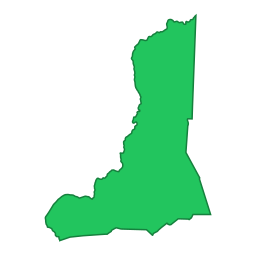 outline of Mangulile, Olancho, Honduras
{"feature_id": "27666195B89076502999157", "entity_name": "Mangulile", "entity_type": "district", "adm_level": 2, "iso_a3": "HND", "parent_name": "Honduras", "parent_adm1": "Olancho", "projection": "albers", "projection_center": [-86.874, 15.136], "detail": "fine", "context": "isolated", "style": "filled", "palette": "green", "viewbox_px": 256, "rotation_deg": 0, "n_neighbors": 0, "source": "geoboundaries", "source_scale": "gbopen_adm2", "svg_char_len": 5808}
<svg xmlns="http://www.w3.org/2000/svg" viewBox="0 0 256 256"><path d="M47.5,227.1L49.5,227.5L51.7,228.6L52.4,230.2L52.7,230.7L53.2,231.1L54.2,231.7L55.2,233.0L55.3,233.2L55.4,233.6L55.4,235.0L55.5,235.3L55.7,235.6L56.2,236.1L56.8,236.6L58.6,236.7L58.8,236.8L58.9,237.3L59.0,238.0L59.1,238.8L59.2,239.1L59.8,240.0L59.8,240.6L70.0,237.1L83.3,235.7L100.6,234.5L105.3,234.2L107.2,234.2L108.2,233.4L108.9,232.9L109.5,232.5L110.9,231.6L111.2,231.4L111.5,230.4L112.4,229.8L114.9,228.4L115.9,227.9L116.4,227.8L121.1,229.0L146.5,229.7L152.4,235.2L152.7,235.1L152.9,234.7L153.1,234.1L153.6,233.4L154.0,233.1L156.1,232.0L157.0,231.6L157.2,231.4L158.1,230.6L158.2,230.4L158.3,230.2L161.5,227.4L166.9,223.2L167.3,223.4L167.9,224.2L168.2,224.3L168.4,224.3L168.6,224.4L169.3,224.8L169.6,224.8L169.9,224.7L170.1,224.6L170.5,224.7L170.8,224.7L178.2,218.8L188.4,219.1L189.0,219.5L189.4,219.5L189.8,219.2L190.1,218.8L190.7,218.1L190.9,218.0L191.3,218.0L193.0,214.5L210.6,214.5L199.4,178.9L199.7,177.9L185.9,152.5L187.8,125.4L188.1,125.1L188.3,123.8L188.2,123.0L188.1,122.3L187.4,120.2L187.4,119.4L187.7,118.8L192.1,118.9L192.5,105.7L195.9,15.4L195.3,15.9L195.0,16.2L194.3,17.2L193.4,18.1L193.3,18.4L193.2,18.8L192.8,19.3L192.5,19.5L192.2,19.6L191.0,19.7L190.6,19.9L190.4,20.1L190.2,20.7L189.8,21.2L189.6,21.5L189.2,21.7L188.6,22.0L188.0,22.1L187.3,21.9L186.9,21.6L186.7,21.5L186.4,21.5L186.2,21.6L185.9,22.0L185.8,22.3L185.9,23.5L185.9,23.8L185.6,24.2L185.2,24.3L184.5,24.3L184.2,24.2L183.9,24.1L183.7,23.8L182.8,22.5L182.6,22.2L182.3,22.1L181.9,22.1L181.1,22.3L180.8,22.3L179.8,22.6L179.4,22.6L178.7,22.4L177.8,21.7L177.3,21.4L176.9,21.3L176.3,21.4L174.7,21.9L174.2,21.9L173.9,21.8L173.7,21.6L173.3,21.0L172.6,20.3L171.3,19.6L170.7,19.5L170.0,19.5L169.3,19.6L168.6,19.9L168.3,20.1L168.0,20.5L167.5,22.0L166.9,23.3L166.7,23.7L166.7,24.1L166.7,24.6L167.2,26.8L167.2,27.5L167.1,28.1L167.0,28.6L166.8,28.9L166.6,29.1L166.2,29.4L165.7,29.5L165.2,29.8L163.9,30.8L162.5,31.7L161.7,31.8L160.8,31.8L160.5,31.8L160.2,31.9L159.6,32.6L158.7,32.5L157.9,32.1L157.5,32.0L157.1,32.0L156.8,32.1L156.4,32.5L155.8,33.2L155.5,33.4L154.9,33.8L153.4,34.4L153.0,34.7L151.9,36.0L151.4,36.4L151.0,36.6L150.8,36.6L149.4,36.5L149.1,36.6L148.8,36.7L148.4,37.2L147.2,39.7L146.8,40.2L146.4,40.4L145.8,40.5L145.0,40.5L144.3,40.3L142.9,39.9L141.0,39.7L140.7,39.7L140.5,39.8L140.1,40.1L139.0,42.5L138.2,43.9L137.5,44.5L136.7,45.1L134.9,46.9L134.7,47.2L134.7,47.5L135.1,48.6L135.1,48.9L135.1,49.2L135.0,49.4L134.5,49.9L133.7,50.9L133.4,51.3L133.1,52.1L132.8,53.0L132.6,53.7L132.4,56.1L132.2,56.8L131.6,57.9L131.5,58.3L131.5,58.6L131.6,58.9L133.0,60.7L133.2,61.9L133.2,63.0L133.3,63.9L133.5,64.4L134.1,66.1L134.3,66.8L134.3,67.3L134.0,68.5L134.0,69.1L134.7,71.5L134.9,73.2L134.9,73.5L134.6,74.1L134.4,74.8L134.4,75.3L134.8,76.2L134.9,76.8L134.9,77.2L134.5,78.8L134.4,79.9L134.9,81.6L135.1,83.0L135.1,83.7L135.2,84.4L135.4,86.1L135.7,87.2L135.9,87.8L136.5,88.8L137.2,90.1L138.1,91.2L138.6,92.5L139.2,93.2L139.7,94.1L139.9,94.5L140.2,95.7L140.9,96.9L140.9,97.1L140.9,97.4L140.4,98.7L140.3,99.1L140.7,100.4L140.8,101.3L141.1,103.0L141.2,103.4L141.1,103.7L141.0,103.8L140.3,104.2L139.6,104.8L139.3,105.1L139.1,105.5L139.2,105.8L139.1,106.1L138.8,106.6L138.2,107.9L138.2,108.2L138.3,108.6L138.6,109.7L139.0,109.9L139.4,109.9L139.7,110.2L139.8,110.7L139.7,111.2L139.6,111.4L139.4,111.5L138.2,111.5L137.9,111.6L137.5,111.8L137.3,112.0L137.1,112.4L137.1,112.8L137.2,113.1L137.5,113.6L137.5,113.8L136.8,114.7L135.8,116.6L135.6,116.9L135.4,117.0L135.1,117.1L134.1,117.0L133.9,117.1L133.7,117.5L133.3,119.5L133.1,120.2L132.7,121.0L132.6,121.4L132.5,121.9L132.8,122.6L133.0,122.9L133.4,123.1L133.9,123.0L134.5,122.8L135.2,122.2L135.4,122.1L136.0,122.0L136.4,122.1L136.7,122.5L137.0,123.2L137.1,124.0L137.1,124.4L137.0,124.7L136.9,124.9L136.1,125.5L134.9,126.4L134.9,126.8L134.8,127.9L134.6,129.0L133.8,129.5L133.0,129.8L132.7,130.1L132.4,130.4L131.9,131.7L131.7,132.9L131.6,133.2L130.9,133.8L130.2,134.2L128.7,135.3L127.4,136.5L127.2,136.7L126.7,136.8L126.3,137.0L125.8,137.5L125.5,138.0L125.3,138.5L125.3,139.8L125.2,140.0L125.0,140.4L124.3,140.9L123.9,141.3L123.7,141.6L123.6,142.0L123.6,142.3L123.7,143.0L123.7,144.1L124.2,145.6L123.8,147.2L124.5,149.0L124.4,150.2L123.9,151.7L123.4,152.8L123.2,153.0L122.7,153.1L121.9,153.2L120.5,153.0L120.3,153.1L120.2,153.3L120.3,153.7L120.5,154.3L120.6,154.7L120.6,156.8L120.7,157.9L121.0,158.7L121.1,159.2L121.1,159.8L120.9,160.8L120.9,161.3L121.0,161.6L121.2,161.8L122.3,163.0L122.5,163.5L122.7,164.0L122.8,165.6L122.6,166.9L122.4,167.3L121.9,168.0L121.5,168.4L121.0,168.9L119.5,170.2L119.3,170.5L119.0,171.4L118.9,171.5L118.7,171.6L118.2,171.6L117.3,171.4L115.7,171.0L114.9,170.6L113.9,170.1L113.7,170.0L111.9,170.1L111.0,171.0L109.6,172.0L108.7,173.1L107.5,174.0L107.3,174.4L107.2,174.9L107.2,175.5L107.0,175.9L105.7,177.2L105.2,177.8L104.7,178.1L104.2,178.2L103.5,177.9L103.1,177.9L102.9,178.1L102.1,179.0L101.8,179.2L101.6,179.3L99.7,179.1L98.2,178.3L97.7,178.3L97.3,178.4L96.6,179.2L96.1,180.0L95.6,181.4L95.5,182.1L95.1,182.9L94.8,184.6L94.3,186.0L94.5,187.2L94.5,188.2L94.9,189.3L95.0,189.8L94.9,190.5L94.4,191.6L94.2,192.0L94.3,192.5L94.5,193.8L94.4,194.6L94.2,195.5L94.1,196.9L94.0,197.2L93.8,197.5L93.5,197.7L93.0,198.0L92.7,198.3L92.5,198.9L92.3,199.1L92.0,199.1L91.6,198.9L90.3,198.1L89.0,196.9L88.5,196.7L87.6,196.7L86.8,196.4L85.8,196.3L85.2,196.2L81.6,197.4L80.1,197.9L79.5,198.1L79.0,197.9L77.4,196.9L75.9,196.5L75.1,196.3L73.7,195.4L73.3,195.2L72.4,195.0L70.1,194.9L69.5,194.8L68.8,194.6L67.6,194.5L65.2,194.7L63.8,195.3L61.7,196.6L59.7,198.3L58.2,199.4L56.1,201.9L54.1,203.9L53.4,204.7L52.9,205.6L51.5,207.9L50.9,208.9L48.6,212.6L47.1,214.8L45.8,216.6L45.5,217.2L45.4,217.5L45.4,218.5L45.7,220.1L45.7,221.2L45.9,222.7L46.2,224.2L47.1,225.6L47.5,227.1Z" fill="#22c55e" stroke="#15803d" stroke-width="1.5"/></svg>